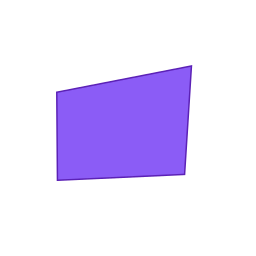 outline of Vlahita, Harghita, Romania, rotated 54°
{"feature_id": "2599482B7850722509394", "entity_name": "Vlahita", "entity_type": "district", "adm_level": 2, "iso_a3": "ROU", "parent_name": "Romania", "parent_adm1": "Harghita", "projection": "orthographic", "projection_center": [25.464, 46.349], "detail": "fine", "context": "isolated", "style": "filled", "palette": "violet", "viewbox_px": 256, "rotation_deg": 54, "n_neighbors": 0, "source": "geoboundaries", "source_scale": "gbopen_adm2", "svg_char_len": 228}
<svg xmlns="http://www.w3.org/2000/svg" viewBox="0 0 256 256"><g transform="rotate(54 128 128)"><path d="M198.8,109.5L115.1,40.2L57.2,164.6L128.8,215.8L198.8,109.5Z" fill="#8b5cf6" stroke="#5b21b6" stroke-width="1.5"/></g></svg>